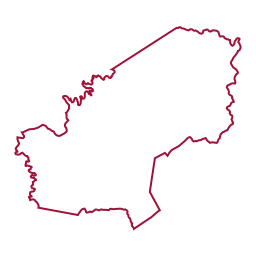 Moronou, N'zi-Comoé, Ivory Coast
{"feature_id": "98640826B53162767921513", "entity_name": "Moronou", "entity_type": "district", "adm_level": 2, "iso_a3": "CIV", "parent_name": "Ivory Coast", "parent_adm1": "N'zi-Comoé", "projection": "natural_earth1", "projection_center": [-4.266, 6.594], "detail": "fine", "context": "isolated", "style": "outline", "palette": "rose", "viewbox_px": 256, "rotation_deg": 0, "n_neighbors": 0, "source": "geoboundaries", "source_scale": "gbopen_adm2", "svg_char_len": 5635}
<svg xmlns="http://www.w3.org/2000/svg" viewBox="0 0 256 256"><path d="M159.8,210.3L149.8,191.9L154.9,158.2L164.9,152.9L167.5,155.8L169.5,152.5L171.5,150.2L179.1,145.9L184.8,141.0L187.7,138.0L189.6,137.1L190.2,137.2L191.7,138.7L192.5,140.5L193.6,141.4L195.8,141.0L196.6,141.3L198.5,140.4L201.3,139.9L202.6,139.0L204.6,138.5L205.4,138.0L206.0,138.5L207.0,140.4L208.1,141.4L208.7,141.6L209.8,142.8L212.4,142.3L216.7,142.9L217.6,141.8L218.5,139.3L219.7,138.3L220.4,135.0L220.9,134.0L222.6,132.3L224.2,131.7L225.8,130.6L227.4,130.3L228.4,128.2L230.3,125.5L231.5,124.5L232.3,124.4L233.0,123.8L233.1,122.5L232.5,122.2L232.2,120.8L231.5,119.3L232.0,118.5L232.4,116.9L232.2,115.7L230.4,114.6L229.7,113.2L230.1,112.1L229.8,111.4L229.0,110.3L228.1,109.9L227.4,109.2L226.7,108.1L227.0,107.3L227.8,106.6L230.0,105.8L231.4,102.8L232.4,102.2L233.5,102.0L233.8,101.8L233.7,101.4L232.0,97.9L232.0,97.5L232.3,97.1L232.0,96.3L231.1,95.5L229.9,95.0L228.8,93.8L228.7,92.6L228.9,91.8L228.8,91.2L228.2,89.6L227.1,88.0L226.8,87.0L227.0,86.3L228.2,85.1L229.2,84.9L230.3,84.1L232.0,83.4L233.3,83.3L234.9,83.6L235.3,83.0L235.3,81.6L234.5,79.2L234.7,77.2L236.0,74.5L237.2,73.7L237.9,72.9L237.5,71.5L236.7,70.1L235.7,69.1L233.2,67.3L231.1,63.9L230.9,63.0L231.3,61.4L232.3,60.1L233.3,57.8L235.6,55.0L237.7,52.0L237.9,50.9L239.4,50.3L240.4,48.4L240.6,46.6L239.4,43.6L238.3,42.1L238.6,40.8L239.5,39.4L239.5,38.7L239.3,38.6L237.8,38.1L236.8,38.6L235.0,41.1L234.6,41.9L234.5,43.4L233.7,44.8L233.0,45.5L232.4,45.8L231.4,45.1L230.4,43.4L230.2,42.7L230.0,40.1L229.1,40.1L228.2,39.4L226.5,39.2L225.9,38.7L225.2,38.5L224.5,37.8L223.8,36.7L223.4,36.4L221.8,36.3L220.2,36.5L219.4,35.4L219.0,33.8L218.4,32.0L216.8,30.8L213.6,30.3L212.1,30.6L211.6,31.2L210.7,31.3L210.1,31.6L209.1,31.2L207.7,29.7L206.8,29.5L203.4,30.6L202.8,32.9L201.6,33.7L200.4,33.5L199.0,32.9L198.2,32.0L196.2,30.7L195.8,30.5L194.2,30.8L192.0,29.4L190.2,29.2L189.1,30.2L188.5,30.4L186.4,29.8L184.0,28.7L181.8,28.3L180.1,27.2L179.0,27.3L178.4,28.0L176.5,27.9L112.1,69.3L112.7,69.4L113.3,70.1L113.8,70.2L114.4,71.0L114.7,71.9L114.3,72.7L112.8,74.1L112.5,74.5L112.5,75.0L111.8,76.5L111.2,76.5L111.1,77.5L110.3,78.1L109.3,77.8L107.8,76.3L106.1,76.0L104.3,77.7L104.2,79.4L103.7,79.8L101.3,78.2L100.2,76.3L99.2,76.2L98.4,75.8L98.3,75.5L97.6,75.7L97.0,76.2L96.7,77.1L96.3,77.2L95.5,76.4L93.4,75.6L92.8,75.9L92.7,77.0L92.4,77.7L92.5,78.1L93.2,77.2L93.5,77.3L93.6,78.0L93.5,78.4L92.7,79.0L92.4,80.0L92.1,80.2L91.8,80.1L91.6,80.4L91.6,81.3L92.3,81.6L92.6,82.9L92.2,83.9L91.4,84.6L89.0,83.9L88.0,83.1L87.6,83.3L86.5,84.3L85.7,84.1L84.8,83.4L83.8,81.4L83.5,81.2L82.8,82.1L82.9,83.4L82.4,84.0L83.1,85.0L83.6,86.1L84.9,87.0L85.9,88.0L89.2,88.2L89.8,87.8L91.2,88.1L91.6,88.9L92.4,89.0L92.7,89.3L93.1,90.7L92.2,90.9L92.0,91.4L91.5,91.6L90.0,90.7L89.6,90.7L90.1,92.9L91.0,94.5L91.3,94.6L91.5,96.0L90.7,94.8L88.9,93.9L88.6,93.1L87.4,91.5L86.7,91.3L85.7,91.6L84.9,92.8L84.7,93.9L84.9,96.4L84.5,97.9L84.0,98.5L82.6,98.7L82.1,98.5L81.7,98.2L82.1,97.5L81.8,96.6L81.5,96.3L80.5,96.4L80.2,96.6L80.3,97.5L81.0,98.9L81.1,100.0L80.7,102.0L80.7,103.5L79.9,104.9L79.2,105.2L78.4,105.0L78.0,104.5L78.1,102.9L77.7,102.1L77.7,101.6L77.3,101.1L77.2,100.0L76.0,98.0L75.1,98.0L74.3,99.4L73.5,101.7L72.9,102.2L72.1,102.4L71.3,101.4L70.6,99.0L69.7,100.1L69.4,99.9L68.3,98.0L67.7,97.1L67.1,96.6L66.4,96.2L64.5,95.9L63.2,96.4L63.1,97.3L63.5,98.2L64.9,99.3L66.1,101.6L67.3,103.2L68.8,104.7L69.2,105.6L68.9,107.0L69.1,108.4L68.2,110.1L67.0,112.1L65.9,112.8L66.2,113.8L66.6,114.2L66.5,117.4L66.7,118.4L67.1,119.1L67.9,119.6L68.3,120.3L65.6,123.2L65.1,124.3L64.9,125.3L65.1,126.5L66.3,128.1L66.8,130.8L66.6,131.5L64.5,133.3L59.8,135.9L57.6,135.7L56.5,135.2L55.1,134.0L53.8,131.7L53.5,131.4L51.7,130.8L49.7,129.2L48.0,128.7L45.6,125.8L42.6,124.8L38.1,127.6L34.1,128.9L29.4,129.3L22.6,132.4L22.0,132.4L23.2,134.7L23.9,135.6L24.1,137.2L23.1,138.1L22.6,138.2L19.8,137.6L18.7,137.7L17.5,137.3L17.4,138.8L18.1,141.5L18.9,142.8L19.1,143.7L18.0,145.6L16.9,146.7L15.9,148.2L15.7,149.1L16.3,150.1L17.1,150.6L17.4,151.7L15.6,152.3L15.4,152.6L15.5,153.6L15.7,154.1L16.4,154.4L18.4,154.6L19.8,154.4L20.7,153.5L22.4,152.7L25.1,155.4L26.3,156.0L27.1,156.0L27.1,156.5L28.4,157.6L28.4,159.4L29.2,160.9L29.0,161.3L28.2,161.7L26.7,161.3L26.2,161.5L26.0,162.2L26.0,163.2L25.5,164.9L25.6,165.8L26.3,166.1L27.5,165.5L28.1,165.6L29.0,166.0L30.9,166.5L31.6,166.9L31.6,167.4L30.9,167.8L30.6,169.2L29.0,169.7L28.7,170.3L28.9,171.2L30.2,172.2L32.6,173.1L34.5,173.0L35.9,174.7L35.7,175.3L34.3,175.7L33.8,175.7L32.4,175.0L31.6,175.2L30.8,176.7L31.1,177.3L31.6,177.6L34.3,178.0L34.7,178.7L35.9,179.5L36.1,179.9L35.9,180.2L35.0,180.2L34.2,181.0L34.0,181.5L32.8,182.0L33.0,183.8L32.9,184.9L31.8,185.5L31.5,185.9L31.5,186.8L32.1,188.3L33.8,188.5L34.9,189.1L34.2,190.7L33.9,191.1L33.2,191.5L31.4,191.7L30.2,192.3L30.0,194.5L30.4,195.2L31.5,196.1L31.6,196.5L30.5,196.8L29.4,196.7L29.0,196.9L29.1,197.5L29.8,198.6L29.8,199.3L30.1,200.1L32.0,199.4L33.5,199.4L34.7,200.0L35.9,201.6L36.7,202.1L38.0,204.2L38.5,205.3L38.7,206.7L38.4,207.7L77.9,215.0L78.8,213.4L81.7,209.6L82.5,209.1L84.5,208.6L85.7,210.4L86.2,212.1L86.8,212.6L89.1,212.1L90.0,211.6L90.7,211.6L91.5,212.1L92.0,212.1L95.6,209.5L96.8,209.6L98.9,210.4L101.1,209.4L103.4,209.9L106.8,209.9L108.2,210.1L109.0,210.0L110.2,208.8L110.6,208.8L113.8,209.2L116.8,208.8L118.1,208.9L119.8,208.6L121.7,208.9L123.9,209.7L125.3,209.4L126.8,210.4L127.4,211.2L127.6,211.7L127.2,213.1L127.3,213.8L128.3,215.0L128.5,216.6L128.9,217.6L129.9,218.2L130.4,219.0L130.5,220.5L131.3,222.7L132.2,223.3L131.8,224.6L132.1,226.1L134.0,228.3L134.0,228.8L150.2,217.9L150.5,217.9L157.9,211.5L159.8,210.3Z" fill="none" stroke="#9f1239" stroke-width="2"/></svg>